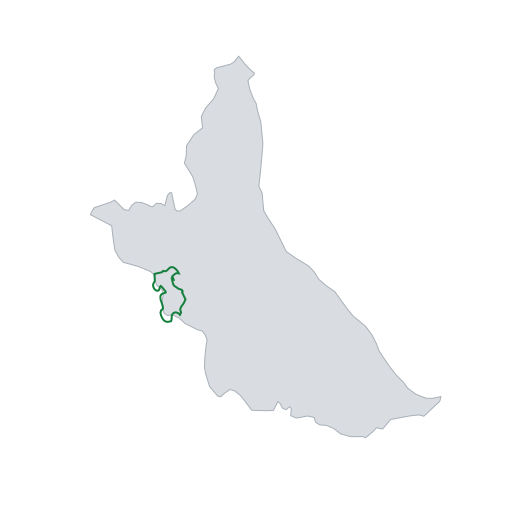 where Grigoriopol sits in Moldova, rotated 169°
{"feature_id": "MDA-1637", "entity_name": "Grigoriopol", "entity_type": "Territorial Unit", "adm_level": 1, "iso_a3": "MDA", "parent_name": "Moldova", "parent_adm1": "", "projection": "albers", "projection_center": [29.428, 47.137], "detail": "fine", "context": "in_parent", "style": "outline", "palette": "green", "viewbox_px": 512, "rotation_deg": 169, "n_neighbors": 0, "source": "natural_earth", "source_scale": "10m", "svg_char_len": 3103}
<svg xmlns="http://www.w3.org/2000/svg" viewBox="0 0 512 512"><g transform="rotate(169 256 256)"><path d="M101.3,82.7L103.3,78.3L121.8,66.7L126.4,68.9L135.8,69.7L155.0,69.8L164.7,62.0L170.5,64.4L175.3,60.9L183.3,56.6L184.4,57.6L185.4,58.3L197.6,60.6L206.8,65.2L212.8,72.0L219.1,76.3L225.6,78.0L229.2,81.4L229.8,86.5L235.9,89.1L247.5,89.2L252.4,92.7L250.5,99.4L251.7,101.7L255.8,99.4L258.9,101.4L260.5,106.5L262.3,108.9L268.3,101.1L274.6,102.0L289.6,105.4L297.6,121.7L302.6,127.6L307.0,130.0L312.6,127.5L317.6,124.5L320.4,125.9L326.5,136.7L327.9,150.8L327.8,156.6L325.6,166.1L322.5,176.3L320.0,183.0L321.0,188.3L323.2,192.8L326.8,194.3L338.6,203.3L343.1,209.6L349.5,214.3L354.4,214.5L356.9,217.1L357.8,220.3L357.2,228.3L354.4,235.9L354.8,240.7L359.2,246.5L359.6,253.1L359.9,257.4L362.3,260.7L373.2,268.0L387.5,275.1L391.1,281.2L393.4,288.9L392.8,301.8L391.9,313.2L410.7,328.2L408.6,331.1L405.7,334.2L387.8,336.7L384.2,337.9L376.4,326.5L372.3,325.1L368.5,329.3L364.0,331.7L358.5,330.5L352.7,327.0L349.8,324.5L347.5,324.2L343.8,326.7L339.0,325.6L335.9,322.8L331.3,332.5L328.5,334.6L326.8,334.2L326.5,317.7L325.2,315.2L321.6,314.8L312.8,318.7L304.5,323.7L301.7,328.2L301.9,336.4L303.0,346.1L308.6,360.8L305.5,367.2L303.2,377.4L294.2,386.7L284.0,392.1L283.1,403.3L277.3,410.8L267.6,418.4L261.0,427.5L262.6,433.8L262.9,439.8L261.7,443.8L261.5,446.9L258.9,448.3L244.0,449.2L239.8,451.1L234.9,455.4L230.5,447.0L225.9,439.7L222.6,435.7L224.0,433.9L227.8,431.9L230.5,429.5L230.3,420.8L228.5,410.9L226.8,406.0L226.8,398.5L225.7,386.7L227.8,364.9L235.6,337.6L239.9,324.0L238.0,316.5L239.8,299.1L236.8,290.4L232.1,279.1L225.4,254.5L216.9,245.8L206.3,236.2L201.8,229.1L198.9,221.2L192.7,213.4L185.5,206.1L177.2,188.1L172.9,180.0L171.6,177.8L161.9,166.2L157.0,155.8L154.6,147.2L153.3,139.4L146.8,123.7L140.8,111.9L135.1,103.5L132.5,97.6L125.7,90.0L116.0,83.8L109.6,82.6L101.3,82.7Z" fill="#d9dde1" stroke="#a8b0b8" stroke-width="1"/><path d="M341.9,212.7L342.8,214.2L344.0,215.3L345.4,215.9L346.8,216.1L348.2,215.6L349.8,214.1L350.4,212.3L350.8,210.3L351.7,208.3L353.5,208.1L355.3,208.2L357.0,208.8L358.5,210.1L359.7,212.4L360.5,215.4L360.6,218.5L359.6,220.7L357.4,221.9L357.1,224.8L358.0,231.7L357.5,234.9L356.2,236.4L354.2,237.0L351.8,237.3L351.5,237.6L351.5,238.0L351.6,238.5L351.8,238.9L354.5,244.0L355.3,244.8L356.2,244.0L357.0,242.3L358.1,240.8L359.7,240.7L360.9,241.5L362.0,242.9L362.6,244.7L362.7,246.7L362.0,248.5L360.9,249.7L360.0,251.2L359.3,256.0L358.9,257.8L351.5,258.0L350.1,259.1L349.9,258.9L347.7,258.3L345.9,258.9L344.2,260.2L342.3,261.2L340.0,261.0L338.7,260.1L338.4,259.9L337.0,258.1L335.8,256.0L335.1,253.7L336.3,254.2L337.8,254.2L339.2,253.8L341.5,252.3L341.8,252.3L342.0,252.1L342.5,251.1L342.1,251.2L341.7,250.3L341.3,248.3L341.8,248.3L342.7,248.9L342.8,248.9L342.9,247.2L342.5,243.4L342.0,242.4L341.3,241.7L338.2,238.5L336.0,237.4L335.5,236.9L335.1,236.7L334.8,235.8L334.9,234.9L335.5,234.6L335.3,233.8L335.1,233.0L333.5,226.9L335.9,223.5L338.8,220.8L339.8,219.6L340.6,218.1L340.5,216.3L340.3,215.0L341.8,212.8L341.9,212.7L341.9,212.7Z" fill="none" stroke="#15803d" stroke-width="2"/></g></svg>